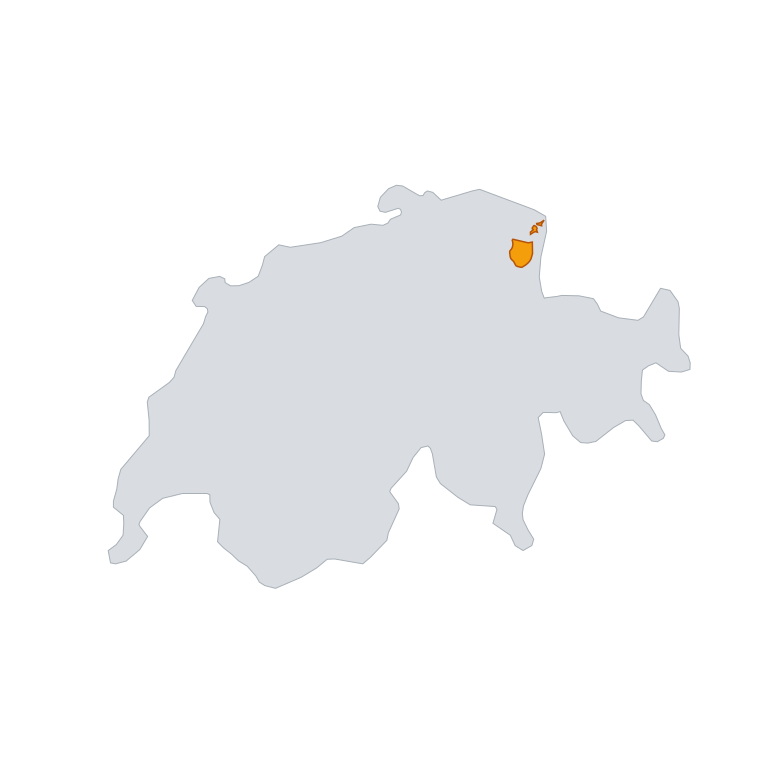 where Appenzell Innerrhoden sits in Switzerland, rotated 348°
{"feature_id": "CHE-3473", "entity_name": "Appenzell Innerrhoden", "entity_type": "Canton", "adm_level": 1, "iso_a3": "CHE", "parent_name": "Switzerland", "parent_adm1": "", "projection": "orthographic", "projection_center": [9.457, 47.345], "detail": "fine", "context": "in_parent", "style": "filled", "palette": "amber", "viewbox_px": 768, "rotation_deg": 348, "n_neighbors": 0, "source": "natural_earth", "source_scale": "10m", "svg_char_len": 3287}
<svg xmlns="http://www.w3.org/2000/svg" viewBox="0 0 768 768"><g transform="rotate(348 384 384)"><path d="M563.4,242.4L567.4,245.0L577.0,253.6L574.8,268.5L563.9,292.3L558.1,311.6L557.5,326.4L558.6,333.4L560.6,333.3L571.0,334.3L576.3,334.3L593.1,338.3L606.6,344.1L609.3,350.2L611.1,357.7L627.1,368.0L645.6,374.5L651.8,372.3L674.4,347.9L683.2,351.9L688.7,364.6L688.6,371.4L682.6,397.1L681.6,410.8L687.2,419.9L687.9,426.9L686.3,433.4L677.2,434.1L664.9,430.7L654.4,419.8L646.5,421.2L639.7,424.1L636.3,434.6L633.3,447.1L634.3,454.0L639.3,459.4L643.2,470.7L646.0,485.4L648.2,492.2L645.9,495.2L639.4,497.3L634.0,495.4L624.5,477.8L620.0,471.1L612.6,470.0L599.5,474.3L579.3,484.2L571.2,484.2L564.2,482.2L557.8,473.9L552.3,457.7L550.5,447.6L546.7,447.9L533.8,444.9L527.8,448.9L527.7,465.5L526.5,486.0L519.9,499.3L501.8,522.2L495.1,532.2L492.4,539.4L491.8,545.7L494.5,556.5L498.2,566.9L495.1,572.7L485.4,575.8L478.7,569.4L476.1,558.2L461.6,542.9L468.4,530.2L467.3,527.0L443.2,520.1L432.9,510.4L418.5,493.2L415.9,485.9L416.8,462.3L416.0,456.6L414.1,453.8L407.1,453.9L397.2,461.9L388.0,474.0L369.2,487.5L367.2,490.5L373.2,504.1L372.9,509.3L357.3,530.5L354.3,537.5L334.8,550.6L325.9,555.5L299.4,544.9L292.0,543.6L279.9,549.9L262.9,555.8L235.4,561.3L225.5,556.4L220.9,551.9L218.8,545.3L212.3,533.7L204.8,526.6L199.7,519.0L192.8,510.7L188.4,503.7L195.3,482.3L191.1,474.5L189.2,463.5L190.6,456.2L188.2,454.3L164.0,449.2L143.7,449.8L128.9,456.5L116.6,468.0L115.1,470.5L115.7,472.7L121.1,484.0L110.7,495.2L94.9,503.6L84.0,504.1L79.3,502.1L79.6,489.6L88.8,485.4L97.3,477.7L100.5,466.3L101.8,458.3L93.7,448.2L95.0,442.3L100.8,431.2L104.3,421.3L108.8,412.8L126.2,399.3L143.6,385.8L146.7,370.7L148.7,352.4L151.3,348.0L174.3,337.9L180.1,333.7L183.2,327.6L201.6,307.5L219.9,287.6L223.6,280.9L226.7,277.0L226.8,273.6L224.7,271.0L216.4,269.0L213.8,262.4L223.2,251.1L234.7,244.3L245.7,244.6L250.1,248.0L249.7,251.8L254.3,256.1L262.6,257.7L273.0,256.5L283.3,252.5L289.9,242.3L293.7,234.6L310.0,226.0L320.8,230.8L351.2,232.6L373.4,230.6L387.4,224.8L404.6,225.0L416.1,228.6L418.1,228.1L421.3,227.4L424.5,224.2L435.4,222.1L436.9,219.4L436.4,216.6L434.5,215.1L421.1,216.4L416.1,214.2L414.8,209.2L419.2,200.7L429.1,193.9L437.5,192.2L443.4,194.2L457.9,207.3L461.4,207.8L463.5,205.4L466.5,204.2L471.6,206.7L477.2,214.8L478.1,216.1L510.8,213.5L518.1,213.5L540.3,227.7L563.4,242.4Z" fill="#d9dde1" stroke="#a8b0b8" stroke-width="1"/><path d="M558.6,276.0L556.4,287.3L553.8,292.2L551.9,294.2L550.0,295.6L547.4,297.0L543.6,298.4L542.7,298.4L541.6,298.1L540.6,297.5L539.5,297.1L537.7,295.8L537.0,293.7L536.8,292.9L536.3,291.3L536.0,290.7L535.6,290.1L534.6,288.7L534.1,287.5L533.9,285.8L534.3,281.2L534.7,280.1L536.7,278.5L537.8,277.2L538.5,275.8L539.2,273.9L539.4,271.5L539.3,270.0L540.2,269.2L554.4,275.9L558.6,276.0ZM565.6,267.4L563.7,266.4L562.0,266.7L558.4,268.1L558.8,265.9L560.2,265.1L561.8,264.4L562.1,264.0L561.9,263.6L561.5,263.2L561.3,263.0L561.4,262.9L561.5,262.5L561.6,262.2L561.7,261.7L562.1,261.5L562.6,261.1L563.0,260.7L563.4,260.3L563.9,260.2L564.8,260.9L565.4,261.6L565.9,262.3L566.0,263.0L566.0,263.9L565.3,264.6L565.6,267.4ZM574.7,257.0L571.6,260.1L571.3,260.6L571.1,262.0L566.9,259.9L566.7,259.5L566.7,258.7L569.2,258.9L571.2,258.5L574.7,257.0Z" fill="#f59e0b" stroke="#b45309" stroke-width="1.5"/></g></svg>